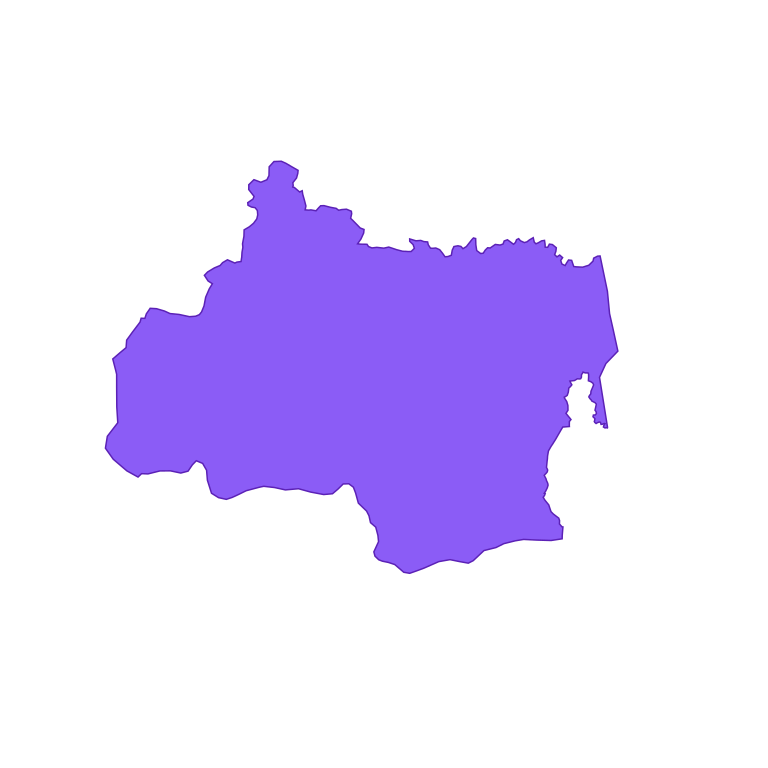 Neekreen, Grand Bassa, Liberia (Mercator projection), rotated 224°
{"feature_id": "62588387B67611028502926", "entity_name": "Neekreen", "entity_type": "district", "adm_level": 2, "iso_a3": "LBR", "parent_name": "Liberia", "parent_adm1": "Grand Bassa", "projection": "mercator", "projection_center": [-9.936, 5.929], "detail": "fine", "context": "isolated", "style": "filled", "palette": "violet", "viewbox_px": 768, "rotation_deg": 224, "n_neighbors": 0, "source": "geoboundaries", "source_scale": "gbopen_adm2", "svg_char_len": 5223}
<svg xmlns="http://www.w3.org/2000/svg" viewBox="0 0 768 768"><g transform="rotate(224 384 384)"><path d="M192.8,507.6L193.1,508.1L233.6,538.5L235.4,543.7L238.6,552.9L238.6,569.1L238.6,570.1L257.2,582.5L270.6,591.3L287.7,605.9L317.5,626.2L319.2,624.3L319.6,623.1L320.6,620.2L319.3,618.1L319.0,617.5L319.1,614.3L319.2,611.6L320.6,609.1L321.5,607.4L322.3,606.0L326.2,602.6L326.5,602.3L329.1,600.3L334.9,603.3L337.4,601.4L336.7,597.7L336.0,595.0L339.4,593.9L342.7,595.6L343.3,599.0L347.2,598.8L347.9,595.6L351.1,595.6L352.5,598.8L354.7,601.7L359.7,601.3L362.2,599.5L361.2,596.0L363.1,594.4L365.3,596.5L368.3,598.8L370.1,596.4L370.7,594.2L371.1,592.8L372.1,590.4L374.4,590.4L378.3,592.9L379.5,588.6L379.9,585.6L381.3,583.2L385.4,581.8L388.1,582.1L388.9,579.9L387.8,577.2L387.8,575.4L387.9,574.5L392.7,573.9L395.4,573.5L396.9,570.4L395.6,567.4L397.0,564.6L400.9,561.7L401.4,559.2L402.1,555.6L404.1,554.0L404.2,550.7L403.7,548.1L403.5,547.0L405.1,545.0L410.0,544.4L414.7,548.0L419.1,552.3L421.1,551.2L421.1,549.0L420.2,540.1L420.6,538.6L421.2,536.2L424.2,536.4L426.8,534.8L428.2,532.9L429.2,531.4L428.9,530.7L427.9,527.7L425.0,523.4L426.5,520.2L428.5,517.9L432.6,518.7L437.2,519.3L439.4,518.5L441.2,517.8L443.2,515.5L444.9,514.0L448.9,514.9L451.3,516.5L454.3,514.1L457.3,512.8L460.5,509.2L466.3,506.2L464.6,504.5L459.9,504.5L456.4,502.7L456.5,498.2L458.7,496.0L460.4,494.6L462.7,492.5L468.2,489.4L472.4,487.4L475.7,485.8L478.5,481.6L484.1,477.3L487.2,473.5L490.6,472.1L493.3,472.7L498.0,468.3L499.6,467.1L500.4,466.5L501.3,472.3L503.5,478.5L505.7,481.3L509.5,479.7L519.9,480.0L523.1,480.0L525.5,484.0L527.5,485.6L532.4,483.7L535.5,480.2L537.3,477.5L540.5,477.1L542.1,476.0L545.3,473.9L551.1,470.6L553.4,468.2L553.4,465.2L553.2,461.4L557.5,458.5L558.9,456.8L560.1,455.8L561.7,454.5L563.8,457.8L569.2,461.1L574.2,464.0L577.1,466.2L578.1,463.5L585.0,463.1L586.5,462.3L587.2,463.7L589.4,465.5L590.0,471.4L592.3,475.6L594.2,478.0L601.7,476.1L607.9,474.6L612.6,472.9L617.7,467.6L617.5,460.5L611.5,454.0L610.1,449.6L612.7,443.6L618.9,440.9L619.5,440.6L619.7,433.4L618.4,432.1L616.4,429.9L607.8,428.7L606.7,426.0L608.0,419.8L606.0,418.1L602.3,419.2L599.2,421.3L595.6,420.8L592.3,417.9L590.2,414.4L589.5,409.0L590.1,403.5L591.7,397.7L587.4,393.0L583.1,386.5L580.7,384.5L580.2,383.9L577.7,380.2L574.2,376.1L574.0,375.7L571.9,372.8L574.5,369.5L575.3,367.4L582.9,364.6L584.4,359.2L584.2,355.4L584.6,354.5L586.7,349.6L588.7,342.1L588.7,337.4L582.1,335.9L577.1,336.9L575.8,331.1L572.6,322.6L568.0,315.6L567.6,314.9L565.3,309.1L565.0,305.6L566.6,301.9L570.7,297.3L579.7,291.7L586.9,286.0L592.6,284.0L598.7,280.8L599.9,280.2L604.8,276.0L604.5,274.4L603.7,269.4L601.6,265.1L604.4,262.6L602.5,259.1L601.0,246.7L599.6,236.8L594.8,231.0L595.0,228.9L595.6,223.5L596.5,213.6L586.9,207.7L583.1,205.3L576.7,198.7L574.3,196.2L569.5,191.3L560.3,181.9L548.6,171.2L546.7,154.2L539.8,144.3L526.5,141.8L511.8,142.7L508.6,142.9L496.3,146.2L496.1,151.1L491.3,155.4L484.8,165.8L477.4,173.1L468.3,178.8L464.4,185.2L465.7,192.7L465.7,198.4L465.2,198.6L459.3,200.9L451.7,198.7L444.2,192.1L432.2,185.6L424.1,187.3L417.3,191.5L414.5,196.8L413.1,200.3L411.7,204.0L409.0,211.5L402.6,222.1L401.4,224.0L399.4,226.9L390.8,233.5L381.4,239.3L376.1,245.4L372.7,249.3L361.7,255.3L350.6,262.6L344.8,269.3L344.1,276.4L343.9,283.8L342.4,285.3L340.0,287.8L334.3,288.5L328.8,285.9L319.7,280.5L308.3,280.5L303.3,278.8L297.4,274.9L290.5,275.3L283.1,270.8L282.3,270.1L278.4,266.8L274.7,256.2L270.9,253.9L265.7,253.9L262.1,255.4L256.9,258.7L252.1,261.0L250.9,261.6L239.0,262.3L234.0,265.7L230.7,272.3L227.3,279.4L221.2,294.3L214.5,303.5L206.2,308.8L198.9,313.7L197.1,318.9L196.7,327.2L196.4,333.6L189.8,344.2L186.9,352.4L180.7,362.3L175.6,369.2L166.1,377.5L155.1,387.5L148.3,396.4L150.6,398.9L156.0,405.5L156.8,404.9L160.6,405.2L162.8,407.7L165.1,408.9L171.9,408.1L175.2,408.2L178.7,410.0L181.5,411.5L186.6,412.1L187.9,412.3L190.8,413.1L191.1,415.3L191.9,417.1L192.8,416.7L193.2,419.0L194.4,422.7L195.7,425.2L196.9,426.1L198.1,426.7L199.8,427.3L201.7,428.4L205.3,429.6L205.4,430.6L205.3,431.8L205.5,434.2L206.5,435.8L208.1,436.5L209.1,436.8L210.0,437.9L210.3,438.3L211.8,440.2L213.0,441.7L214.4,443.6L216.3,445.8L219.2,450.1L220.5,455.2L221.0,458.1L221.4,459.9L221.8,461.9L222.1,463.3L222.6,465.3L223.9,470.5L224.7,473.7L225.5,477.2L221.1,482.2L221.7,482.7L224.6,485.8L224.8,488.3L225.4,488.4L232.7,489.3L233.4,492.9L236.8,496.3L240.3,498.3L243.3,499.0L244.6,499.3L245.2,499.8L244.7,501.0L244.3,503.1L245.7,506.1L247.4,508.4L248.2,509.3L248.1,511.8L248.3,513.9L251.0,514.7L252.3,515.2L251.6,516.1L249.4,518.8L248.5,522.1L246.9,523.4L246.2,524.4L246.6,525.9L248.4,527.9L248.7,529.7L249.1,530.8L246.9,531.8L245.0,533.7L243.7,533.2L241.8,531.3L240.0,529.2L239.2,528.3L236.9,529.3L234.4,529.7L232.6,529.0L231.5,526.3L230.1,522.6L228.4,520.5L228.2,518.4L227.7,517.0L225.6,516.5L224.1,516.5L222.7,516.1L219.1,517.2L217.3,517.0L217.0,516.6L215.4,514.0L214.0,511.7L212.2,511.4L210.7,510.3L210.5,508.6L211.8,507.1L210.9,505.6L208.3,505.6L207.2,504.2L206.7,503.1L205.7,502.8L204.0,502.9L203.6,504.4L202.8,506.1L201.7,506.8L199.8,505.7L199.1,506.5L198.2,508.6L197.5,509.0L197.0,506.8L196.3,505.5L194.5,505.9L193.8,506.9L192.8,507.6Z" fill="#8b5cf6" stroke="#5b21b6" stroke-width="1.5"/></g></svg>